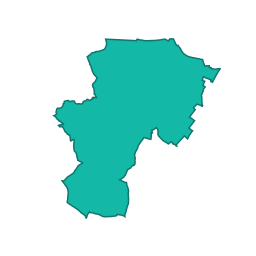 the district of Iclod, Cluj, Romania, rotated 194°
{"feature_id": "2599482B98447640096119", "entity_name": "Iclod", "entity_type": "district", "adm_level": 2, "iso_a3": "ROU", "parent_name": "Romania", "parent_adm1": "Cluj", "projection": "natural_earth1", "projection_center": [23.813, 47.003], "detail": "fine", "context": "isolated", "style": "filled", "palette": "teal", "viewbox_px": 256, "rotation_deg": 194, "n_neighbors": 0, "source": "geoboundaries", "source_scale": "gbopen_adm2", "svg_char_len": 5793}
<svg xmlns="http://www.w3.org/2000/svg" viewBox="0 0 256 256"><g transform="rotate(194 128 128)"><path d="M171.2,208.8L170.0,206.6L169.7,206.2L169.0,203.9L169.0,202.9L169.3,200.4L169.7,199.3L170.1,198.6L171.0,197.8L174.7,195.4L177.3,194.5L178.1,194.0L178.7,193.4L179.7,192.8L181.2,192.1L181.7,191.6L182.1,190.5L182.4,190.1L182.7,189.6L183.8,188.7L184.4,187.4L184.8,187.2L182.4,183.7L182.1,183.1L180.9,181.9L180.7,180.9L180.3,180.2L179.2,179.5L178.7,179.0L178.4,178.5L178.3,177.5L177.3,176.5L177.0,176.0L176.8,175.4L176.6,174.8L175.5,173.6L175.2,173.1L173.8,171.6L171.9,170.5L171.4,170.0L171.2,169.8L169.8,169.0L170.4,167.8L171.2,164.8L171.7,163.9L172.2,163.3L172.8,162.1L172.9,161.7L172.8,161.2L172.3,159.9L171.9,159.3L171.3,158.9L170.9,158.5L170.2,157.1L170.1,156.5L169.7,155.9L169.7,155.4L169.3,154.8L169.3,153.9L169.0,152.8L168.8,152.5L168.2,152.7L166.1,149.9L168.7,149.4L168.9,149.3L168.9,149.0L168.7,148.3L168.8,148.0L169.1,147.9L169.4,148.2L169.6,148.8L170.0,148.2L169.8,147.5L170.3,146.9L170.5,146.8L170.8,146.5L170.9,146.2L171.2,145.9L171.3,145.7L172.4,145.5L174.0,146.0L174.7,145.8L174.9,145.6L175.1,144.7L175.2,144.4L175.7,144.0L176.8,143.6L177.4,143.1L177.9,142.4L177.9,142.1L177.9,141.1L178.1,140.8L178.4,140.4L179.4,139.9L180.1,139.8L181.6,139.7L183.1,139.0L184.2,139.0L184.7,139.2L185.7,139.8L186.3,140.5L186.4,140.9L186.5,141.1L186.8,141.1L188.5,140.8L189.2,140.5L190.4,139.7L190.9,139.6L191.4,139.7L192.1,140.1L192.3,140.2L193.5,140.0L194.7,139.4L195.1,138.9L195.9,138.7L196.1,138.6L196.3,138.2L196.2,137.7L196.0,137.2L196.0,136.7L196.7,136.0L196.7,135.6L196.6,135.1L196.5,134.4L196.6,133.6L197.1,132.5L197.7,131.5L198.1,131.2L199.6,130.5L201.2,130.1L201.5,129.8L201.6,129.1L201.7,128.3L201.6,127.6L201.7,126.8L201.7,125.8L201.3,125.4L200.6,124.8L200.6,124.6L200.8,124.0L201.6,123.1L202.9,122.0L202.2,121.9L201.5,121.6L201.4,121.4L200.6,121.1L200.2,120.7L199.6,120.0L199.4,119.8L195.9,118.2L196.1,118.1L195.2,117.8L191.7,116.3L191.4,115.8L194.5,114.8L195.2,114.3L196.1,113.7L194.3,112.6L193.7,113.0L193.2,113.2L192.0,113.2L191.2,112.8L190.6,112.3L188.1,109.2L187.3,109.0L185.9,107.9L185.3,107.6L185.3,107.4L185.1,107.3L184.8,107.3L184.0,106.9L182.8,106.9L182.2,105.9L182.2,105.5L181.7,104.7L181.3,103.2L181.0,102.7L180.9,102.2L180.4,101.6L177.8,103.9L177.4,103.5L177.2,102.9L177.0,101.9L176.8,99.9L176.5,98.6L176.5,97.8L176.1,96.7L175.7,95.8L175.6,95.0L175.3,94.4L174.4,92.7L172.9,91.7L172.3,91.1L171.6,90.1L170.9,88.5L168.9,84.5L168.3,84.4L164.1,83.4L163.6,83.1L166.9,79.7L167.3,79.1L168.4,75.4L169.3,73.7L169.4,72.7L169.5,72.4L169.8,71.6L170.3,70.8L172.4,68.4L174.6,66.1L175.4,64.9L175.8,63.9L177.1,61.7L177.2,61.3L179.1,60.8L175.9,58.2L172.3,55.0L171.3,53.3L171.0,52.4L170.4,51.2L170.3,50.8L170.0,48.5L169.6,46.0L169.1,43.8L169.2,43.5L169.2,42.1L168.9,41.0L168.8,40.9L168.4,40.8L167.5,40.4L157.2,36.8L154.8,35.6L152.8,34.3L150.5,33.6L148.7,32.7L147.9,32.1L147.0,30.6L146.8,30.6L146.6,30.6L146.5,30.9L146.5,32.6L146.4,34.1L145.1,37.4L144.7,36.8L144.4,36.7L143.3,36.9L142.8,37.1L141.6,37.1L139.2,36.9L135.7,37.1L131.1,36.1L129.9,36.1L129.0,36.3L123.8,37.8L121.9,38.4L120.7,39.0L119.5,39.3L117.7,40.3L117.7,41.2L117.6,41.7L116.1,41.6L112.6,42.0L111.4,41.7L110.5,41.7L109.6,41.3L109.9,42.2L110.0,43.4L110.0,44.4L109.8,45.4L109.7,48.0L109.8,48.8L109.7,52.1L109.4,54.2L109.4,55.7L109.8,56.6L110.1,58.6L110.4,59.6L111.0,61.2L111.1,61.7L111.4,63.0L112.0,64.7L112.2,66.9L112.5,67.7L114.0,70.5L115.3,72.2L116.3,74.8L116.8,74.7L117.5,74.4L119.4,74.9L121.9,75.3L123.7,75.8L123.3,76.2L122.5,76.6L122.0,77.3L120.8,78.5L120.4,79.1L119.4,81.2L119.2,81.9L119.2,82.5L118.9,83.1L118.5,86.4L118.2,87.6L116.1,89.5L114.9,91.9L114.2,93.1L113.9,93.3L113.4,93.0L113.1,93.3L112.7,94.2L112.6,94.9L112.7,95.6L112.9,96.8L113.3,97.7L113.6,99.1L113.6,100.3L114.4,101.9L115.2,103.5L115.1,104.2L115.0,104.8L114.9,106.6L113.9,110.4L113.7,113.6L112.9,115.7L112.5,117.0L112.0,118.4L111.8,118.5L110.1,122.7L106.1,122.4L103.1,122.6L103.2,123.6L103.5,126.0L104.1,127.7L103.8,128.0L103.7,128.4L103.8,128.4L104.2,128.4L104.4,129.0L103.2,129.4L104.4,131.6L103.3,132.1L102.8,132.7L102.0,133.5L100.4,135.2L99.1,134.0L98.4,132.9L97.9,131.4L97.8,130.8L97.7,130.2L97.3,128.9L97.0,128.5L96.3,127.6L95.6,127.2L91.1,124.3L86.7,123.0L85.0,122.3L82.5,125.2L82.0,125.1L81.6,124.9L81.4,124.7L81.3,124.1L80.8,123.7L80.2,123.7L80.0,123.3L79.2,123.5L79.0,123.3L78.5,123.3L76.9,122.3L76.3,122.2L76.4,122.4L77.2,122.8L76.9,123.3L76.8,124.0L74.4,128.5L72.8,131.3L71.5,134.0L68.4,132.3L67.6,131.9L66.7,135.9L66.3,136.8L66.0,137.8L64.7,141.0L66.2,141.4L67.3,142.0L68.9,142.6L65.2,151.2L67.2,152.0L68.6,152.7L70.9,153.4L69.2,157.7L67.2,162.1L68.5,162.8L69.4,163.5L67.7,166.2L66.9,167.7L65.6,167.8L65.0,167.6L64.4,167.8L62.4,167.4L61.4,166.9L61.2,167.2L60.9,167.7L61.8,168.9L62.2,170.0L63.1,172.8L63.3,173.7L63.4,174.2L63.9,175.7L63.9,175.8L64.1,176.2L64.6,177.4L64.6,177.6L64.6,177.9L64.6,178.7L64.1,181.7L64.0,181.9L64.0,182.1L64.1,182.3L64.2,183.6L63.8,185.0L63.1,186.5L64.3,187.0L65.7,187.5L64.8,191.9L65.0,192.0L67.5,192.0L67.3,195.9L66.3,196.0L65.0,195.4L63.9,195.4L62.5,195.2L61.3,195.1L60.6,194.9L59.3,195.1L59.0,194.6L59.2,193.9L59.2,193.7L59.0,193.3L58.5,193.0L57.6,193.1L57.1,192.9L55.8,198.3L55.7,198.8L54.5,203.1L53.6,206.0L53.1,207.0L53.4,207.1L53.2,207.8L55.5,207.1L57.5,206.1L58.9,205.9L62.2,206.0L62.1,206.6L64.2,206.9L64.3,208.0L68.7,206.8L69.2,207.7L70.9,210.1L72.2,212.5L74.0,212.2L75.2,212.3L83.1,211.9L85.2,211.9L86.8,211.9L89.2,212.5L92.0,213.6L92.4,213.8L95.3,216.3L95.9,217.2L96.5,217.9L98.0,218.9L99.5,220.3L100.3,220.1L100.9,219.8L103.3,222.7L105.4,225.4L109.0,224.6L109.9,222.2L113.7,223.2L117.7,221.4L122.9,219.5L132.1,216.9L135.3,216.6L136.1,216.7L137.5,216.3L140.3,216.5L140.6,216.3L140.9,215.7L141.0,215.1L140.9,214.8L141.2,214.7L171.2,208.8Z" fill="#14b8a6" stroke="#0f766e" stroke-width="1.5"/></g></svg>